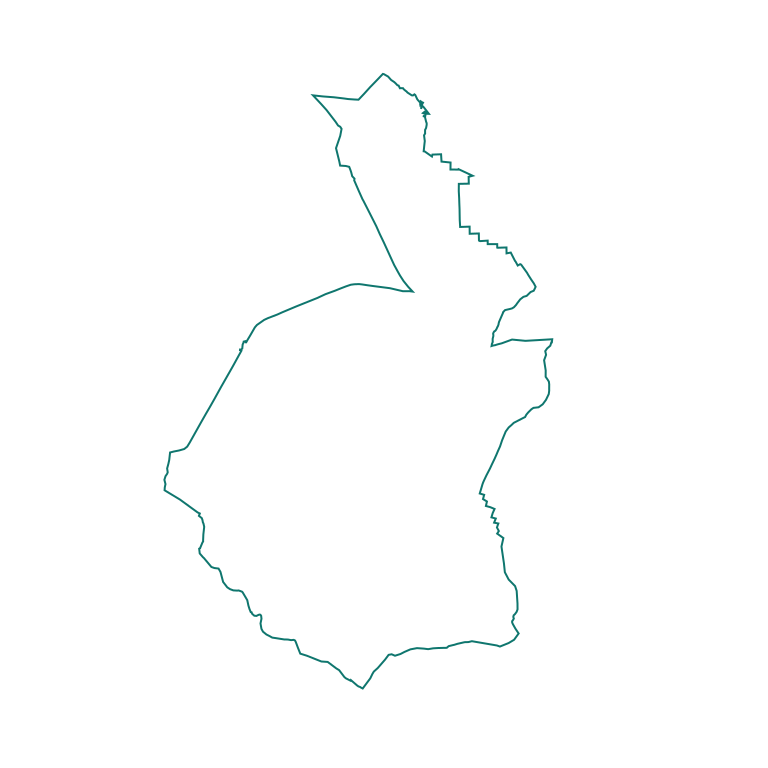 Zinacatepec, Puebla, Mexico (Mercator projection), rotated 104°
{"feature_id": "50627088B86933988518350", "entity_name": "Zinacatepec", "entity_type": "district", "adm_level": 2, "iso_a3": "MEX", "parent_name": "Mexico", "parent_adm1": "Puebla", "projection": "mercator", "projection_center": [-97.237, 18.327], "detail": "fine", "context": "isolated", "style": "outline", "palette": "teal", "viewbox_px": 768, "rotation_deg": 104, "n_neighbors": 0, "source": "geoboundaries", "source_scale": "gbopen_adm2", "svg_char_len": 5817}
<svg xmlns="http://www.w3.org/2000/svg" viewBox="0 0 768 768"><g transform="rotate(104 384 384)"><path d="M83.4,460.1L89.9,463.8L97.5,468.2L99.0,469.1L103.1,471.3L107.4,473.6L110.4,475.3L114.3,477.5L115.0,481.0L116.2,487.8L116.6,491.6L117.9,501.9L119.8,513.1L121.1,522.7L127.7,512.5L132.1,506.0L141.4,494.3L144.3,491.1L145.0,488.7L146.7,486.9L153.8,486.5L166.8,487.6L178.9,481.2L182.7,479.4L181.7,473.8L181.7,470.3L184.4,468.4L186.6,467.0L190.1,465.1L191.9,462.3L193.6,462.2L203.0,455.0L210.0,449.5L211.0,448.5L216.5,443.7L225.4,436.0L232.7,429.7L239.5,424.4L246.6,418.5L257.1,410.1L257.5,409.8L262.5,405.8L266.1,402.9L267.5,401.6L271.2,398.2L274.9,394.7L279.4,389.9L283.8,384.1L287.4,378.6L287.8,381.9L289.4,388.2L289.6,401.4L291.6,418.5L292.2,424.1L292.7,429.4L293.1,432.4L294.4,436.9L295.7,440.2L298.4,444.4L301.7,449.1L305.4,454.2L311.0,462.5L316.0,468.7L316.3,469.0L330.1,488.1L339.0,500.0L342.4,504.3L348.2,512.6L350.8,515.8L357.5,521.6L360.3,523.0L369.4,525.6L374.6,527.2L376.9,527.8L377.0,528.3L376.0,528.9L376.8,530.4L377.4,530.3L378.2,530.4L379.9,530.7L383.9,530.1L385.3,531.1L385.4,532.0L386.0,531.9L386.0,531.4L386.3,530.4L391.4,531.8L402.8,534.8L415.7,538.4L426.0,541.3L439.5,544.9L448.5,547.4L455.7,549.5L465.3,552.2L487.7,558.3L492.4,559.8L495.4,562.1L498.1,566.8L500.4,571.7L502.2,575.0L509.8,574.0L513.7,573.9L518.4,574.0L522.0,572.5L523.6,572.7L526.3,573.7L530.1,573.9L534.0,571.8L537.3,571.7L540.2,571.2L545.5,554.0L546.4,551.8L553.7,533.8L554.2,531.4L556.7,531.7L558.2,528.4L559.8,527.3L562.2,526.2L562.9,525.5L566.1,523.9L573.6,522.9L580.4,521.5L580.6,521.4L581.6,521.8L587.5,522.7L587.8,522.7L588.5,523.5L593.0,521.8L595.9,517.7L596.4,516.7L603.3,507.2L603.6,504.0L603.1,499.9L605.9,497.2L615.0,492.2L619.2,486.9L620.3,483.8L620.7,480.3L620.0,476.5L619.9,476.2L619.5,475.1L619.7,472.9L619.9,471.4L620.4,470.7L626.8,464.4L631.9,461.9L635.0,460.0L637.6,458.1L637.5,457.3L638.9,456.3L640.2,453.8L639.9,451.7L638.7,450.3L637.9,449.2L637.8,448.1L638.7,447.1L641.4,446.1L646.2,445.9L651.2,443.7L653.6,441.5L655.5,437.5L656.3,434.0L657.1,431.1L656.7,427.0L656.0,419.0L655.2,415.5L655.0,412.2L654.1,409.7L654.4,408.3L655.4,407.4L657.1,406.2L660.6,403.8L665.9,400.0L666.3,393.2L668.4,377.6L667.3,371.4L671.5,361.5L672.5,358.3L677.9,351.6L678.8,349.8L680.0,344.6L679.3,344.5L683.1,337.0L683.1,336.9L683.6,335.7L683.8,333.7L684.2,332.8L684.3,332.3L684.6,331.0L672.9,326.1L668.1,325.1L665.5,324.3L661.2,321.4L651.2,316.3L645.7,314.0L644.4,311.2L645.0,307.6L642.0,302.7L639.0,299.3L635.1,294.2L632.3,288.1L631.1,281.2L630.6,277.0L628.6,272.4L627.2,268.0L625.8,263.0L624.8,259.3L622.7,257.8L620.8,254.2L620.0,252.6L618.4,250.0L615.0,243.3L614.0,239.7L612.3,236.5L610.4,211.2L610.7,208.0L605.2,200.4L600.7,195.9L593.5,193.0L589.5,197.4L585.9,200.8L584.5,201.9L583.2,202.3L581.8,201.7L580.2,201.3L578.7,202.2L577.1,202.2L575.5,201.2L573.0,200.2L570.4,199.9L564.6,201.4L552.7,205.2L548.4,207.9L543.6,215.7L537.4,221.2L529.1,224.2L513.3,230.7L504.6,230.9L501.8,238.0L498.9,237.0L495.9,239.7L491.7,239.3L491.9,243.6L487.5,243.0L487.4,247.5L483.0,247.3L478.5,246.5L477.8,251.1L477.7,255.6L473.1,255.7L471.7,260.1L467.3,260.0L467.1,264.6L462.6,264.4L457.5,264.2L455.6,264.0L453.3,263.6L447.8,262.5L440.3,260.7L436.1,259.9L429.8,258.6L425.3,257.8L421.4,257.2L416.5,256.3L410.1,255.8L405.3,255.1L400.6,254.4L396.0,252.5L393.0,250.4L390.3,248.7L383.8,241.3L381.9,239.1L379.4,238.5L376.7,237.2L372.9,234.9L371.0,233.2L370.4,231.6L369.2,228.4L365.3,225.1L360.2,223.0L353.9,221.7L350.5,222.1L348.6,222.6L344.4,223.6L341.8,224.6L339.9,226.6L337.9,228.9L331.7,230.4L322.2,234.4L316.5,233.8L313.1,235.5L310.0,234.3L306.6,231.9L303.1,231.7L303.0,231.2L299.9,231.6L307.9,257.2L309.9,270.5L316.1,279.7L316.9,281.2L317.7,282.7L318.5,284.1L319.4,285.5L320.3,287.5L321.1,288.8L320.8,288.8L320.2,288.9L319.7,288.9L319.1,289.0L318.3,288.9L317.5,288.7L316.7,288.7L316.4,288.9L315.4,289.1L314.7,289.3L313.9,289.5L313.4,289.5L312.3,289.5L311.6,289.5L311.1,289.5L310.7,289.6L310.1,289.7L309.6,289.9L309.3,290.1L308.6,290.3L307.9,290.2L307.3,290.1L306.8,289.9L306.4,289.8L306.1,289.6L305.9,289.3L305.7,289.1L305.3,288.8L304.8,288.6L304.2,288.4L303.6,288.2L303.2,288.1L302.7,288.0L302.0,287.9L301.3,287.8L300.9,287.6L300.6,287.6L300.0,287.4L299.4,287.4L298.8,287.3L298.2,287.3L297.6,287.4L296.9,287.4L296.0,287.4L285.9,285.7L286.2,286.1L284.9,285.5L283.0,284.4L280.7,279.9L279.7,278.1L278.1,276.5L275.4,275.0L273.5,274.3L268.9,272.3L265.7,269.8L264.0,266.9L259.3,264.0L257.3,261.3L255.2,260.8L253.0,260.4L250.1,263.0L247.0,266.5L243.2,270.5L241.5,272.1L235.0,279.8L234.8,280.9L236.7,282.9L233.3,286.0L233.1,286.4L232.6,286.9L225.8,292.8L227.6,296.7L221.9,298.2L224.3,306.7L224.3,307.1L220.9,308.0L223.2,317.2L219.8,318.1L222.1,325.3L222.0,326.3L221.7,326.6L215.0,328.4L217.5,337.2L210.6,339.0L213.2,348.1L206.5,350.2L199.4,352.1L196.0,353.0L190.2,354.7L185.6,356.0L178.8,358.1L171.7,359.8L169.1,350.2L162.5,352.0L160.5,348.4L157.5,363.7L158.0,363.8L159.8,371.4L153.0,373.0L154.3,382.0L147.3,384.2L149.7,392.5L151.7,392.5L150.5,395.6L148.5,400.8L148.6,401.8L145.0,402.3L141.5,402.8L138.4,403.2L135.6,404.3L133.0,405.3L131.0,404.7L130.0,405.0L127.5,405.6L126.7,405.4L125.4,405.1L122.2,405.3L120.6,405.7L119.3,406.6L114.7,409.0L114.6,411.1L114.1,408.8L112.1,408.9L111.7,411.7L110.0,410.4L111.4,407.5L111.0,405.8L105.9,412.3L104.5,414.7L106.1,414.5L108.1,414.6L106.5,414.8L106.2,414.9L105.6,414.8L104.4,414.9L102.0,414.3L101.6,414.2L101.4,415.2L104.2,416.2L104.4,416.3L103.5,416.7L103.4,416.7L102.7,416.5L101.2,416.1L100.8,416.8L101.1,416.9L102.0,417.3L99.8,420.5L96.0,423.6L95.6,424.6L97.0,425.7L97.2,426.9L95.5,431.8L94.7,432.9L94.3,434.0L93.2,436.2L92.4,437.1L92.7,438.5L92.8,439.1L93.2,440.1L90.9,442.0L90.9,443.2L89.5,445.4L88.6,447.0L87.3,450.6L84.7,454.4L83.4,459.0L83.4,460.1Z" fill="none" stroke="#0f766e" stroke-width="2"/></g></svg>